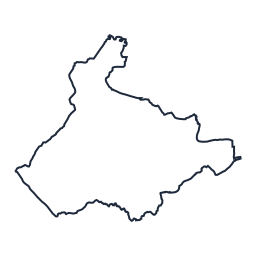 the district of Bungo, Jambi, Indonesia
{"feature_id": "22746128B28569646979400", "entity_name": "Bungo", "entity_type": "district", "adm_level": 2, "iso_a3": "IDN", "parent_name": "Indonesia", "parent_adm1": "Jambi", "projection": "robinson", "projection_center": [101.875, -1.516], "detail": "fine", "context": "isolated", "style": "outline", "palette": "slate", "viewbox_px": 256, "rotation_deg": 0, "n_neighbors": 0, "source": "geoboundaries", "source_scale": "gbopen_adm2", "svg_char_len": 5820}
<svg xmlns="http://www.w3.org/2000/svg" viewBox="0 0 256 256"><path d="M238.9,159.2L240.6,158.6L240.6,157.8L240.3,156.9L235.4,157.7L234.1,158.7L233.8,157.5L233.8,156.6L234.0,154.8L234.3,153.5L234.0,152.3L234.1,146.7L232.5,146.8L232.3,140.7L231.6,140.4L229.9,139.7L228.0,139.3L226.4,139.3L224.2,139.4L222.9,139.7L220.8,139.7L219.7,139.5L217.4,140.1L215.8,139.8L214.0,140.0L210.9,140.6L207.2,141.6L202.7,141.8L199.8,141.4L198.9,141.2L197.7,140.4L197.1,139.4L196.8,138.2L196.9,136.0L197.3,134.0L198.4,131.4L198.7,130.4L199.0,128.6L199.7,125.5L199.7,124.9L199.4,123.9L198.6,123.7L198.3,123.9L198.1,123.4L197.7,123.3L197.9,122.3L196.5,120.2L196.7,119.6L196.0,119.5L196.1,119.0L195.8,118.0L196.0,117.5L196.1,117.0L196.6,116.8L196.4,116.4L195.9,116.0L195.9,115.5L195.3,115.3L194.9,115.4L194.1,114.3L192.4,115.6L191.2,116.2L190.3,116.2L190.0,116.8L188.6,117.5L186.3,118.1L185.6,119.2L183.1,119.2L179.9,118.9L176.6,118.3L174.9,117.5L173.2,114.8L172.7,114.3L172.1,113.2L171.4,112.6L170.9,112.9L170.2,112.9L169.6,113.1L167.5,113.4L165.7,114.4L164.3,114.8L163.6,113.5L162.2,112.2L158.3,106.0L157.7,105.6L156.3,106.2L156.0,106.0L155.2,106.0L153.7,105.3L152.9,105.1L152.2,104.6L151.5,103.3L149.7,102.2L149.7,101.8L148.7,100.2L148.5,99.6L145.1,99.2L143.3,99.6L140.6,99.7L139.8,98.9L140.9,98.1L139.4,98.0L138.4,98.2L135.2,97.5L134.3,97.1L131.4,96.4L125.7,94.6L121.8,93.6L119.4,92.7L115.2,90.6L113.9,90.3L112.9,89.5L112.0,89.8L111.9,89.7L111.2,88.2L109.4,87.0L108.9,86.3L106.6,82.4L105.9,80.8L105.8,79.1L106.0,78.5L106.3,77.9L107.6,77.2L107.4,77.1L107.6,77.2L108.9,75.8L109.4,74.2L109.5,72.8L109.9,72.3L110.7,72.1L112.5,70.4L112.5,68.3L112.8,67.6L114.4,67.1L116.3,66.8L123.2,66.9L123.8,66.6L124.6,65.9L124.8,65.5L124.7,64.6L124.9,63.7L124.9,62.6L124.7,61.9L125.6,61.2L126.1,59.5L126.2,58.2L126.7,57.1L124.8,57.0L122.6,57.1L122.5,56.6L121.6,55.7L121.1,53.0L122.4,51.3L123.7,47.9L123.8,45.7L125.4,46.0L125.7,45.8L126.3,45.0L126.6,44.3L126.7,43.0L126.2,42.0L125.8,42.1L125.1,42.8L124.7,42.6L124.7,42.3L125.8,39.8L125.7,39.3L124.0,39.0L123.5,39.0L122.1,40.6L121.4,41.1L120.1,40.9L119.8,40.7L119.8,40.2L120.4,39.7L121.6,39.1L121.9,38.7L121.9,38.2L121.6,37.6L121.1,37.3L119.3,37.1L118.9,36.8L116.6,37.0L116.2,37.4L115.6,39.3L114.7,39.6L114.0,39.3L113.2,37.6L112.7,36.8L109.8,35.2L109.3,35.5L109.1,36.2L109.3,36.9L110.3,37.7L110.0,38.9L109.4,39.1L109.0,39.0L108.5,38.3L108.5,38.6L108.0,39.0L106.7,39.6L106.3,40.1L105.8,41.6L104.7,42.2L104.2,43.9L103.8,44.3L103.1,45.2L102.6,46.2L101.1,48.0L93.8,58.6L89.8,58.4L89.1,59.0L87.9,59.4L87.0,61.7L86.3,62.2L85.7,62.5L85.0,62.7L81.4,62.1L78.6,62.3L77.1,62.0L76.6,62.2L75.6,63.1L74.7,63.3L74.5,64.5L74.7,65.5L73.5,66.4L73.2,68.6L69.6,74.0L69.2,75.2L69.5,77.1L70.4,79.3L71.9,82.1L73.1,85.8L74.7,88.6L75.1,90.0L75.3,91.7L74.9,92.9L73.6,94.5L70.2,98.1L69.5,99.4L70.3,102.3L71.1,104.0L71.5,104.2L72.7,104.4L73.5,104.8L73.9,105.1L75.1,109.1L75.1,109.9L71.3,113.3L69.2,115.8L67.7,118.9L64.3,124.5L64.1,126.2L62.8,127.0L62.2,128.0L60.3,128.6L59.7,129.6L57.0,132.2L56.6,132.9L56.2,133.2L55.8,134.3L55.1,134.9L54.1,135.4L52.9,136.3L51.8,136.8L50.3,139.0L45.6,142.5L44.3,142.3L43.2,142.5L41.4,145.7L39.4,146.4L38.8,147.0L38.0,148.1L37.4,149.1L36.5,150.2L35.3,152.2L34.8,153.8L34.3,154.9L33.1,156.6L32.5,158.2L30.7,161.0L30.2,163.0L29.9,165.0L28.9,166.5L28.5,166.5L27.9,166.4L25.3,165.0L24.6,165.1L23.6,166.0L22.7,166.2L21.1,167.2L20.0,167.4L19.3,167.3L18.5,167.8L17.6,168.1L17.3,168.3L16.1,170.2L15.5,170.4L15.4,170.2L15.9,171.6L17.1,172.0L18.3,173.6L21.8,178.7L23.1,181.5L24.5,183.1L28.6,186.2L29.1,186.9L29.7,188.3L30.3,189.3L33.6,192.7L37.3,196.9L42.0,201.7L44.7,203.8L47.2,206.3L52.7,213.5L55.9,216.4L56.5,216.5L57.4,216.2L58.0,214.6L57.9,214.2L58.5,213.6L58.8,213.5L59.9,213.4L60.3,213.6L62.0,212.5L63.2,212.5L64.1,212.3L65.3,212.8L65.7,213.8L66.1,214.1L67.1,213.5L69.0,212.9L73.6,213.6L75.2,213.1L76.6,212.9L77.6,211.0L82.2,209.3L85.2,206.5L87.0,203.3L89.0,202.4L91.3,202.8L93.1,202.6L95.4,200.5L96.6,200.0L98.4,201.2L99.0,202.0L99.7,202.2L100.5,201.8L101.2,201.8L101.8,202.8L102.5,203.0L103.5,204.0L103.8,204.0L104.1,203.7L104.6,203.9L105.4,203.7L106.0,204.3L106.7,204.2L108.6,206.3L109.0,206.3L109.6,204.9L109.8,204.6L110.4,204.2L111.9,203.9L112.4,204.4L112.8,205.2L113.3,205.2L113.7,205.0L114.1,205.2L114.5,204.3L114.6,203.6L115.7,203.4L116.2,204.1L116.4,205.6L116.9,206.1L117.3,205.8L117.8,205.8L118.3,206.5L119.2,206.5L119.9,207.3L121.0,209.3L121.5,209.7L122.2,209.2L122.6,209.5L122.9,209.4L123.4,208.6L124.0,208.5L124.7,209.4L125.2,210.9L125.7,211.8L126.2,212.0L126.8,211.7L127.5,212.0L128.0,212.5L128.4,213.1L128.1,214.2L128.7,215.6L129.4,218.6L131.5,220.8L132.2,220.6L132.9,220.2L133.2,219.5L133.9,218.6L134.6,218.6L135.3,219.0L136.0,220.2L136.5,219.6L137.3,220.2L139.6,220.0L140.6,219.0L141.3,218.8L141.4,217.2L141.6,216.6L142.1,216.0L142.9,215.9L143.5,216.0L143.8,215.8L144.5,213.6L145.3,212.9L147.3,211.9L147.6,212.1L148.6,212.1L149.6,211.8L150.5,211.9L152.9,214.2L153.6,214.6L154.2,214.8L154.8,214.6L155.2,214.0L156.2,213.2L156.5,211.2L157.6,210.7L157.8,208.2L159.2,205.5L160.7,205.5L162.2,203.1L162.4,200.8L162.2,199.9L161.6,199.1L161.7,198.6L161.3,198.0L161.2,196.8L161.2,196.4L161.0,195.8L160.4,193.2L160.6,192.9L162.5,192.7L163.2,192.2L164.2,192.4L164.5,192.1L165.0,192.3L165.6,191.9L166.9,191.9L168.4,192.5L169.4,192.0L169.7,192.0L170.2,192.8L171.1,192.5L173.3,192.5L175.7,192.0L177.4,191.0L178.2,190.3L179.1,188.5L179.3,185.9L180.7,185.2L181.5,184.5L183.0,182.3L184.1,181.4L185.9,180.7L187.5,180.2L190.9,178.6L195.7,173.7L195.8,173.9L196.6,172.9L198.5,172.4L199.9,172.4L201.7,170.8L201.5,168.6L201.9,168.1L204.2,166.4L205.5,166.6L206.4,167.2L207.9,165.9L209.8,167.6L211.8,169.7L213.7,171.1L214.6,172.7L215.5,174.8L217.2,174.9L223.5,171.4L224.8,171.0L227.3,168.7L229.6,166.9L231.9,164.1L233.7,161.4L235.8,160.3L235.9,159.9L238.9,159.2Z" fill="none" stroke="#1e293b" stroke-width="2"/></svg>